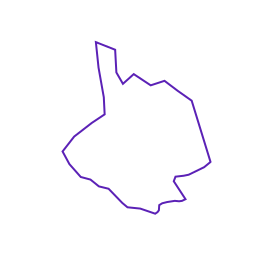 Rundales, Robinson projection, rotated 240°
{"feature_id": "LVA-5738", "entity_name": "Rundales", "entity_type": "Municipality", "adm_level": 1, "iso_a3": "LVA", "parent_name": "Latvia", "parent_adm1": "", "projection": "robinson", "projection_center": [23.943, 56.407], "detail": "fine", "context": "isolated", "style": "outline", "palette": "violet", "viewbox_px": 256, "rotation_deg": 240, "n_neighbors": 0, "source": "natural_earth", "source_scale": "10m", "svg_char_len": 636}
<svg xmlns="http://www.w3.org/2000/svg" viewBox="0 0 256 256"><g transform="rotate(240 128 128)"><path d="M119.8,196.8L57.4,182.5L57.3,182.3L56.0,174.4L57.2,157.2L58.8,152.4L62.1,144.8L59.0,141.0L37.6,142.2L37.9,138.3L39.0,135.6L41.5,132.1L44.3,124.9L45.7,120.0L45.6,116.5L41.3,113.6L40.4,111.5L40.2,108.7L44.1,105.3L52.1,98.3L59.6,87.9L65.9,85.6L85.1,80.8L92.0,73.6L102.1,69.7L109.2,62.6L126.0,59.2L140.4,59.6L147.5,77.1L150.5,99.1L151.5,114.6L166.7,122.4L195.1,132.7L218.4,143.1L202.2,156.0L181.9,145.7L168.8,145.7L171.8,159.9L153.6,169.0L150.6,183.2L135.4,189.6L119.8,196.8Z" fill="none" stroke="#5b21b6" stroke-width="2"/></g></svg>